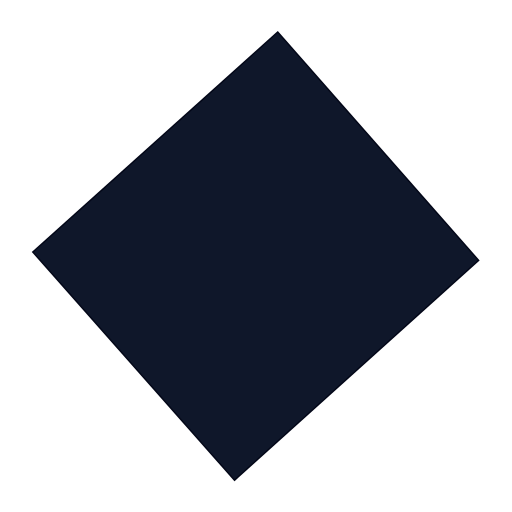 Sherman, Nebraska, United States of America (Robinson projection), rotated 138°
{"feature_id": "52423323B24565972155121", "entity_name": "Sherman", "entity_type": "district", "adm_level": 2, "iso_a3": "USA", "parent_name": "United States of America", "parent_adm1": "Nebraska", "projection": "robinson", "projection_center": [-98.9, 41.22], "detail": "fine", "context": "isolated", "style": "filled", "palette": "ink", "viewbox_px": 512, "rotation_deg": 138, "n_neighbors": 0, "source": "geoboundaries", "source_scale": "gbopen_adm2", "svg_char_len": 241}
<svg xmlns="http://www.w3.org/2000/svg" viewBox="0 0 512 512"><g transform="rotate(138 256 256)"><path d="M422.0,103.7L416.9,103.8L93.5,103.8L90.0,407.9L419.2,408.3L422.0,103.7Z" fill="#0f172a" stroke="#020617" stroke-width="1.5"/></g></svg>